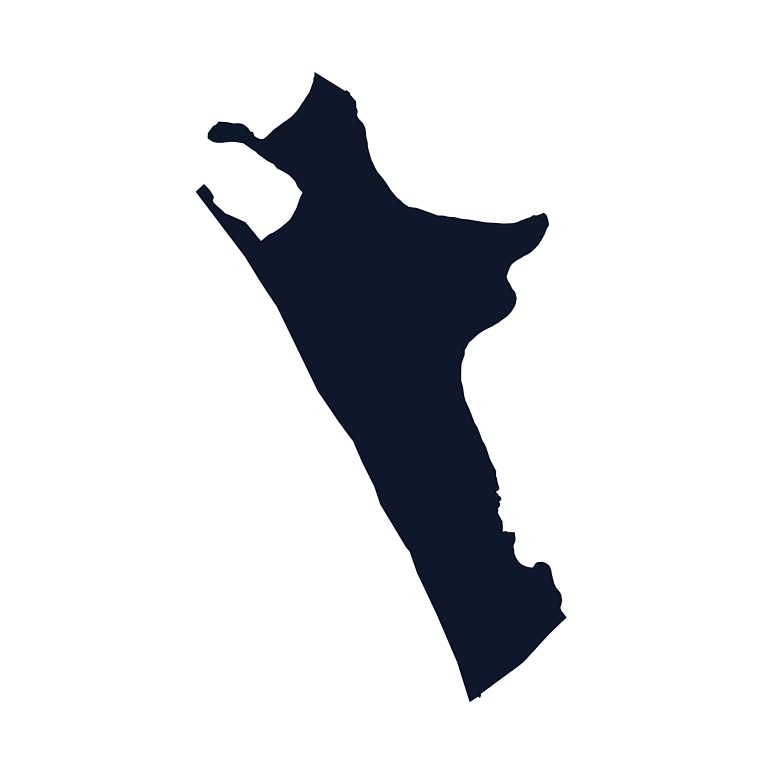 Ilaje, Ondo, Nigeria, rotated 20°
{"feature_id": "59680162B44253410475450", "entity_name": "Ilaje", "entity_type": "district", "adm_level": 2, "iso_a3": "NGA", "parent_name": "Nigeria", "parent_adm1": "Ondo", "projection": "mercator", "projection_center": [4.771, 6.193], "detail": "fine", "context": "isolated", "style": "filled", "palette": "ink", "viewbox_px": 768, "rotation_deg": 20, "n_neighbors": 0, "source": "geoboundaries", "source_scale": "gbopen_adm2", "svg_char_len": 4526}
<svg xmlns="http://www.w3.org/2000/svg" viewBox="0 0 768 768"><g transform="rotate(20 384 384)"><path d="M573.3,652.4L578.5,645.4L580.0,644.6L580.9,645.2L581.0,643.6L579.9,642.3L591.2,625.1L606.1,602.9L609.4,597.3L611.2,593.3L623.4,563.8L628.2,553.7L634.5,541.2L627.8,537.0L625.5,534.3L625.2,529.7L624.7,526.7L622.2,522.1L620.6,520.4L618.7,519.2L614.7,516.8L611.8,513.9L609.6,510.8L606.2,505.8L604.5,502.6L602.5,500.1L601.3,499.0L598.4,497.8L596.4,497.6L594.1,497.7L592.1,498.4L590.1,499.3L588.8,500.4L588.3,501.6L587.8,504.1L587.4,505.6L586.2,506.6L581.9,507.5L578.3,507.6L575.1,507.2L573.4,506.7L570.3,505.2L567.0,502.6L564.5,499.9L563.3,498.2L562.6,496.2L561.3,494.1L560.5,492.8L560.2,491.6L560.4,487.0L559.7,484.3L558.3,482.0L557.4,479.6L556.6,479.7L551.2,481.6L550.6,481.5L549.9,481.1L548.6,481.6L547.3,482.3L545.7,482.9L545.0,482.7L545.0,481.8L544.8,480.6L544.3,478.9L543.7,477.6L543.3,477.4L543.2,477.1L543.3,476.3L542.8,475.6L541.7,473.0L537.4,469.4L536.1,468.1L534.6,467.0L534.1,465.8L534.1,464.0L532.9,463.0L532.8,462.1L533.1,461.3L533.6,459.9L533.8,458.8L533.5,457.5L532.0,456.0L531.7,455.3L531.8,454.7L532.6,453.5L532.8,452.9L532.7,451.7L532.1,451.0L531.0,450.6L530.0,450.5L529.0,449.6L528.1,448.9L527.1,448.6L526.0,447.9L525.3,446.7L525.4,446.1L525.9,445.6L526.9,444.8L527.2,444.0L527.4,443.1L526.9,441.9L525.0,439.7L522.8,436.4L521.5,433.9L520.9,433.4L520.3,433.4L518.5,427.8L509.5,419.7L506.3,415.7L500.5,408.4L494.9,403.6L491.6,399.6L486.7,393.9L481.8,389.9L476.9,384.2L472.0,378.6L465.5,372.1L462.3,367.3L459.8,362.4L457.4,358.4L454.9,355.2L453.3,351.1L451.6,346.3L450.0,341.4L449.2,338.1L449.1,334.1L449.1,329.2L448.3,326.8L447.5,324.4L447.6,323.7L448.2,321.1L449.0,315.5L451.4,311.4L453.0,308.1L454.6,304.9L457.0,301.6L459.5,298.4L462.7,295.1L465.9,291.8L468.3,288.6L469.9,287.0L470.7,285.8L471.5,284.5L476.4,277.1L478.0,273.0L478.8,269.8L479.6,265.7L479.6,263.3L478.7,258.4L475.5,253.6L471.4,251.1L468.9,248.7L467.3,247.1L464.9,245.5L461.6,241.5L461.6,235.8L461.6,231.7L462.4,227.7L463.2,226.0L466.4,221.2L468.8,218.7L471.2,215.5L472.8,213.8L474.4,212.2L476.8,208.9L478.4,205.7L479.2,204.1L480.8,200.0L481.6,196.7L482.4,192.7L483.1,187.9L483.1,187.1L483.1,185.5L483.1,182.2L483.9,179.0L483.1,176.5L479.8,171.7L478.2,170.1L475.7,169.3L473.3,171.7L470.1,174.2L466.9,175.0L465.3,177.5L461.2,180.7L456.4,184.8L454.0,187.3L449.9,189.7L441.9,193.0L433.0,195.5L424.9,198.0L407.1,201.3L400.6,203.0L393.4,203.8L387.7,205.5L382.0,206.3L377.2,208.0L371.5,208.0L370.4,208.0L366.5,208.0L364.2,208.0L358.6,208.1L354.5,208.1L351.3,208.9L346.4,209.8L339.9,208.2L336.7,206.6L331.8,205.0L327.8,202.6L323.7,200.2L320.5,197.7L316.4,194.5L311.5,191.3L305.8,188.1L300.9,184.1L300.8,183.9L297.7,180.8L297.0,180.1L295.4,178.5L295.2,178.4L292.8,175.2L290.4,171.9L287.1,167.1L285.4,163.0L282.2,158.2L281.4,156.6L280.5,154.1L278.1,150.1L274.8,146.9L270.0,144.5L267.5,142.9L265.9,140.4L265.1,136.4L262.6,134.0L261.8,131.5L260.2,128.3L258.3,127.3L255.9,126.0L252.8,124.3L252.0,122.7L248.8,121.6L247.2,122.7L232.9,119.7L213.1,115.6L213.9,118.0L214.0,121.2L214.8,123.7L214.8,127.7L214.8,131.0L214.9,135.0L214.1,138.3L213.3,141.5L212.5,145.6L211.7,148.0L210.9,152.1L209.3,157.8L206.1,165.1L204.5,167.6L201.6,171.7L200.5,173.3L197.3,178.1L194.1,183.0L193.3,184.6L191.7,187.9L189.3,192.8L187.7,195.2L186.0,196.1L184.4,196.9L181.2,196.9L177.1,196.1L174.4,192.8L171.6,193.2L168.2,190.5L163.3,188.9L160.1,188.9L157.7,189.7L153.6,191.4L148.0,192.2L139.3,194.6L138.3,197.9L135.9,200.4L135.1,202.8L133.5,208.5L134.8,212.8L137.3,213.5L139.5,214.1L141.6,214.1L145.7,213.3L149.7,211.7L152.9,210.0L156.2,208.4L161.0,206.7L165.0,205.9L169.9,205.1L172.3,205.9L175.6,206.7L178.0,207.5L184.5,209.0L187.7,210.6L191.8,211.7L197.5,213.3L205.4,214.5L210.1,217.3L215.6,217.9L223.1,219.3L228.6,221.8L231.9,223.6L234.1,225.9L235.7,227.5L239.3,229.8L241.5,230.6L242.9,232.2L242.1,237.2L242.2,240.4L242.2,244.5L242.2,249.4L240.6,259.9L239.8,262.3L238.2,265.6L235.8,269.7L233.4,273.7L231.0,276.9L228.6,280.2L225.5,283.0L219.8,292.8L198.3,280.1L180.3,278.8L176.6,278.8L171.8,276.7L166.5,274.7L161.6,272.6L159.6,270.4L159.5,266.7L156.0,263.9L153.8,262.0L146.8,258.6L142.3,267.5L210.1,311.3L231.8,328.5L237.5,332.8L243.1,337.0L257.3,347.4L257.5,347.5L266.4,356.2L317.4,405.7L324.7,412.8L339.5,423.4L348.9,430.2L355.3,434.8L371.9,445.8L372.9,446.4L374.9,447.7L386.8,460.3L387.0,460.6L390.3,464.1L410.5,483.2L422.2,497.9L460.9,529.2L465.9,532.1L480.1,549.6L512.6,581.7L548.7,620.2L558.6,633.2L573.3,652.4Z" fill="#0f172a" stroke="#020617" stroke-width="1.5"/></g></svg>